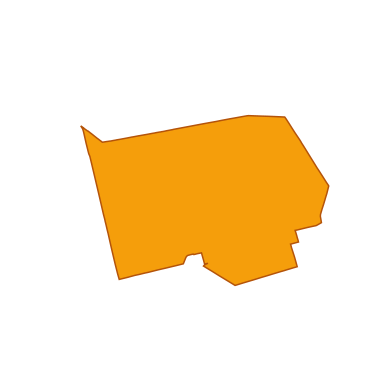 the district of Pesac, Timis, Romania, rotated 302°
{"feature_id": "2599482B87731626232566", "entity_name": "Pesac", "entity_type": "district", "adm_level": 2, "iso_a3": "ROU", "parent_name": "Romania", "parent_adm1": "Timis", "projection": "mercator", "projection_center": [20.847, 45.978], "detail": "fine", "context": "isolated", "style": "filled", "palette": "amber", "viewbox_px": 384, "rotation_deg": 302, "n_neighbors": 0, "source": "geoboundaries", "source_scale": "gbopen_adm2", "svg_char_len": 2794}
<svg xmlns="http://www.w3.org/2000/svg" viewBox="0 0 384 384"><g transform="rotate(302 192 192)"><path d="M184.4,320.8L185.8,319.3L191.0,313.6L197.7,305.7L198.5,304.9L200.0,303.2L203.2,306.2L206.0,308.8L207.2,307.6L209.1,305.4L210.8,303.6L213.0,301.1L214.1,299.8L215.4,301.2L219.6,305.3L223.1,308.7L226.9,312.6L229.0,314.8L229.6,315.3L232.7,317.0L234.6,318.0L235.3,317.4L236.3,316.5L239.1,314.0L239.5,313.7L240.2,313.3L241.5,312.7L242.0,312.6L243.0,312.3L244.1,312.0L246.6,311.3L251.0,310.2L255.4,309.0L257.8,308.3L262.0,307.2L265.4,306.1L269.1,304.9L269.5,304.8L269.6,304.7L269.8,304.4L271.5,300.6L273.1,297.3L274.3,294.8L277.5,288.0L278.7,285.3L280.8,281.1L283.0,276.6L286.5,269.5L287.4,267.7L289.8,262.8L291.6,259.0L292.4,257.6L292.7,257.0L293.5,255.3L296.8,247.9L299.6,242.0L301.3,238.5L304.0,232.7L304.7,230.9L302.8,227.5L300.2,222.9L296.5,216.4L292.7,209.9L291.1,207.1L289.7,204.7L286.8,199.6L285.8,198.3L283.3,195.5L282.5,194.6L278.4,190.1L273.9,185.1L268.1,178.8L264.6,175.1L259.9,169.9L256.0,165.6L252.5,161.8L247.7,156.6L235.1,142.9L234.9,142.7L234.7,142.6L233.8,141.6L232.6,140.3L231.3,138.9L230.6,138.1L229.2,136.7L227.9,135.3L226.9,134.1L226.6,133.9L225.7,132.8L223.3,130.1L222.1,128.9L220.9,127.5L219.7,126.2L218.4,124.8L217.2,123.5L212.9,118.7L212.6,118.4L211.3,116.9L210.1,115.6L208.8,114.2L207.6,112.9L206.4,111.5L205.1,110.2L204.9,109.9L204.0,109.0L198.5,103.0L196.3,100.5L195.6,99.8L195.2,99.4L194.0,98.0L193.8,97.8L192.2,96.1L191.6,95.3L190.3,93.8L189.5,92.8L187.9,91.0L186.7,89.6L186.9,88.1L187.0,86.3L187.2,84.8L187.3,83.1L187.5,81.4L187.7,79.6L187.9,78.1L188.1,76.3L188.1,76.2L188.1,75.9L188.2,75.5L188.2,74.6L188.4,73.4L188.4,73.2L188.6,71.5L188.4,71.2L188.6,68.6L188.7,66.6L189.0,66.0L188.9,65.5L189.0,64.5L189.1,63.3L188.8,63.2L188.1,64.7L187.7,65.6L187.2,66.3L185.5,68.2L177.3,76.3L171.4,82.4L169.7,84.2L168.1,86.5L167.3,87.3L162.6,92.1L141.4,113.5L131.7,123.2L126.0,128.9L122.6,132.5L120.9,134.1L119.1,136.0L115.0,140.1L112.6,142.6L103.4,151.7L98.5,156.6L89.8,165.4L82.9,172.6L79.3,176.6L82.8,180.0L86.0,183.1L86.9,183.9L91.0,187.7L94.0,190.8L98.2,194.9L100.7,197.5L107.8,204.3L113.5,210.0L118.7,215.1L120.8,217.2L126.5,222.7L128.8,222.3L133.2,221.5L133.8,221.5L134.3,221.5L134.8,221.6L135.2,221.7L135.4,221.8L135.7,221.9L136.2,222.2L137.0,223.0L137.8,223.7L140.0,225.9L139.9,226.7L142.5,229.2L145.4,232.3L142.3,235.7L140.4,237.8L137.6,240.8L140.0,243.4L139.4,242.9L138.6,242.3L137.3,241.6L136.1,241.1L135.3,241.0L135.3,244.3L135.4,251.3L135.4,259.3L135.5,267.0L135.6,274.5L135.6,278.0L136.6,278.9L138.2,280.3L141.9,283.5L145.4,286.6L149.5,290.2L151.9,292.3L156.9,296.6L158.9,298.4L162.2,301.3L165.0,303.7L169.2,307.4L171.6,309.5L174.0,311.7L176.6,313.9L177.6,314.8L181.5,318.2L183.6,320.1L184.4,320.8Z" fill="#f59e0b" stroke="#b45309" stroke-width="1.5"/></g></svg>